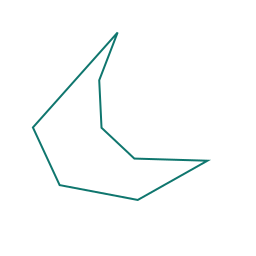 SVG path tracing the border of Wake Atoll, rotated 116°
{"feature_id": "UMI-5179", "entity_name": "Wake Atoll", "entity_type": "state/province", "adm_level": 1, "iso_a3": "UMI", "parent_name": "United States Minor Outlying Islands", "parent_adm1": "", "projection": "robinson", "projection_center": [166.636, 19.291], "detail": "fine", "context": "isolated", "style": "outline", "palette": "teal", "viewbox_px": 256, "rotation_deg": 116, "n_neighbors": 0, "source": "natural_earth", "source_scale": "10m", "svg_char_len": 269}
<svg xmlns="http://www.w3.org/2000/svg" viewBox="0 0 256 256"><g transform="rotate(116 128 128)"><path d="M46.7,179.2L97.7,174.8L139.4,151.9L152.7,108.9L122.6,42.3L188.4,87.7L209.3,164.4L169.2,213.7L46.7,179.2Z" fill="none" stroke="#0f766e" stroke-width="2"/></g></svg>